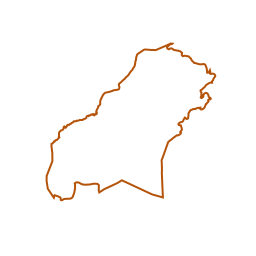 Al Radoum, Southern Darfur, Sudan, rotated 206°
{"feature_id": "16777658B70477888733853", "entity_name": "Al Radoum", "entity_type": "district", "adm_level": 2, "iso_a3": "SDN", "parent_name": "Sudan", "parent_adm1": "Southern Darfur", "projection": "natural_earth1", "projection_center": [24.105, 9.73], "detail": "fine", "context": "isolated", "style": "outline", "palette": "amber", "viewbox_px": 256, "rotation_deg": 206, "n_neighbors": 0, "source": "geoboundaries", "source_scale": "gbopen_adm2", "svg_char_len": 5826}
<svg xmlns="http://www.w3.org/2000/svg" viewBox="0 0 256 256"><g transform="rotate(206 128 128)"><path d="M164.1,32.8L164.5,35.4L160.8,35.9L158.5,35.9L157.8,35.5L157.6,35.0L156.8,33.8L156.5,33.8L156.1,33.9L155.4,34.5L154.8,35.6L154.4,36.2L151.3,37.9L149.2,39.0L148.0,40.1L147.5,41.7L147.9,46.0L148.8,49.5L150.3,53.1L151.6,55.0L150.6,56.5L148.3,57.4L144.8,57.2L141.9,58.1L137.9,60.3L134.1,63.1L130.9,64.4L129.2,63.9L128.0,61.5L127.0,59.1L125.6,57.5L122.4,62.8L118.3,67.8L113.4,73.9L110.6,78.3L81.4,78.8L77.1,78.9L66.2,80.9L72.2,91.9L77.7,102.1L77.9,102.4L78.6,104.1L80.0,107.0L82.5,111.7L83.7,113.8L83.8,115.9L84.9,125.9L85.7,132.8L85.6,133.3L84.2,136.4L83.8,137.0L82.7,139.5L82.2,140.3L81.3,142.1L80.9,142.8L80.4,143.1L79.8,143.3L79.1,144.2L78.7,144.8L78.1,146.2L78.3,146.9L78.6,147.1L79.3,147.3L79.3,147.9L78.9,148.9L78.8,149.6L78.9,150.4L79.1,150.6L79.6,151.3L79.9,151.5L80.5,152.3L81.2,152.9L81.3,153.2L81.8,153.6L82.2,153.4L82.6,153.2L83.3,153.0L83.7,153.0L83.3,153.0L83.7,153.0L84.4,153.6L84.5,154.2L83.9,155.5L83.3,156.0L82.9,156.6L82.1,157.2L81.7,157.8L81.6,158.3L81.6,159.3L81.7,160.1L81.5,161.7L81.5,162.3L81.2,162.4L80.8,162.3L80.2,162.0L79.2,161.8L78.5,162.4L78.3,163.1L78.4,163.6L79.3,166.0L79.8,167.1L80.0,167.7L80.0,168.5L79.8,170.6L79.5,171.6L78.4,172.6L77.8,173.5L77.3,173.9L77.0,174.1L75.9,174.6L75.6,175.1L74.6,176.2L74.2,176.6L73.8,176.9L73.1,177.2L73.8,176.9L74.2,176.6L74.6,176.2L75.6,175.1L75.9,174.6L76.3,174.4L77.0,174.1L77.3,173.9L77.7,173.6L77.8,173.5L78.4,172.6L79.5,171.6L79.7,170.6L80.0,168.5L79.9,167.7L80.0,168.5L79.7,170.6L79.5,171.6L78.4,172.6L77.7,173.6L77.3,173.9L76.9,174.1L75.9,174.5L75.6,175.0L74.2,176.6L73.8,176.9L73.1,177.2L72.9,177.1L72.5,177.2L72.3,177.4L72.0,178.0L71.8,178.1L71.6,177.7L71.6,177.2L71.4,176.8L71.0,176.7L70.4,176.7L69.8,177.0L69.4,177.5L68.6,178.6L68.2,180.1L68.3,181.1L68.3,182.4L68.5,183.5L68.0,184.3L68.0,184.9L67.3,186.8L67.3,187.2L68.2,188.1L68.2,188.4L68.1,189.0L66.7,189.7L66.4,190.5L66.6,190.9L67.6,191.2L68.4,191.2L68.9,191.4L69.4,191.7L69.8,192.4L71.3,193.6L72.3,193.9L73.3,193.8L74.0,193.1L74.4,192.5L74.8,191.1L74.7,190.6L74.2,189.8L74.1,188.8L74.5,188.1L74.9,187.3L75.4,187.1L76.0,187.3L76.1,188.0L76.1,188.7L76.2,189.4L76.7,189.9L76.8,190.7L77.2,191.2L77.4,191.9L77.6,192.0L78.3,192.4L78.7,192.7L79.0,193.1L79.3,193.6L79.2,194.0L78.7,194.4L78.5,194.8L78.3,195.3L78.2,195.8L77.6,197.3L77.1,198.1L77.1,198.6L76.9,199.1L76.8,200.3L76.0,202.0L75.6,202.5L75.2,203.3L74.3,204.5L73.7,205.0L72.8,205.4L72.3,205.4L72.2,205.5L72.4,205.8L72.6,206.0L72.9,206.5L72.9,207.0L72.5,208.2L72.5,208.6L72.8,209.7L72.3,212.4L72.3,212.8L72.8,213.7L73.2,213.8L73.9,214.2L74.8,214.2L75.8,214.0L77.3,212.9L77.9,212.8L78.2,212.9L78.5,213.4L78.5,213.9L78.6,214.4L78.9,214.8L79.7,215.8L79.7,214.5L80.3,212.7L80.8,212.4L81.0,212.4L81.3,212.6L82.2,214.4L82.6,214.9L83.7,216.4L86.1,218.6L86.7,218.8L87.5,218.8L87.9,218.7L88.7,218.3L89.9,217.4L90.7,217.0L92.1,216.5L95.8,215.9L96.9,215.5L97.6,215.6L98.0,215.9L98.7,216.2L99.9,216.5L100.3,216.7L100.7,216.9L101.4,217.6L101.8,217.9L104.1,218.6L104.7,218.9L106.0,218.7L106.9,218.2L107.9,218.1L109.0,217.6L109.5,217.3L109.8,216.9L110.3,216.6L111.1,216.9L111.6,217.2L111.9,217.5L112.0,217.9L112.2,219.0L112.4,219.3L114.5,219.8L115.2,219.7L115.9,219.5L116.2,219.6L117.1,219.4L118.0,219.1L118.9,218.9L120.4,218.4L121.1,218.3L123.1,218.7L123.6,218.6L124.2,218.5L125.0,217.9L125.5,216.8L126.5,216.6L127.1,216.6L128.0,217.2L128.2,217.5L128.2,218.4L127.3,220.4L127.0,221.5L126.7,222.2L125.9,222.3L125.5,222.6L125.2,222.9L125.1,223.2L126.7,222.6L126.9,222.3L130.2,218.3L136.6,210.9L137.2,210.2L138.0,209.8L139.8,209.1L140.4,208.7L145.2,206.8L146.9,206.1L147.4,205.8L147.9,205.4L151.9,198.5L151.9,197.6L151.7,195.9L151.5,194.8L150.6,192.5L150.7,191.8L150.3,190.5L150.2,190.1L149.8,188.9L149.7,188.4L149.5,188.0L149.2,186.4L149.3,185.8L149.3,185.5L149.6,183.6L149.6,183.1L149.5,182.6L150.3,179.9L150.7,177.2L150.8,176.4L150.8,175.7L151.4,174.2L152.2,172.3L152.2,171.9L152.7,170.1L153.1,169.6L154.2,166.5L155.4,163.8L155.4,163.3L154.7,162.1L154.1,161.6L153.6,160.9L153.2,159.4L153.2,159.5L153.2,158.9L153.5,158.5L155.0,157.2L156.3,156.4L156.9,156.0L157.7,155.4L158.1,154.9L158.3,154.4L158.7,154.2L159.8,153.0L163.9,149.7L164.4,148.8L164.7,147.9L164.7,147.1L165.0,146.5L164.9,144.5L165.1,143.1L164.8,142.6L164.8,142.2L165.0,141.4L164.9,140.9L164.7,140.3L164.4,139.1L164.2,138.6L163.9,138.1L163.6,137.8L163.4,137.1L163.5,136.5L163.6,135.8L164.0,134.9L164.3,134.6L163.9,133.6L163.9,131.9L164.0,131.0L163.9,129.6L163.8,129.0L163.5,128.2L163.0,128.0L162.8,128.1L162.7,127.8L162.6,127.5L162.4,127.1L162.4,126.8L162.9,126.2L163.4,126.2L164.1,125.7L163.9,125.2L163.7,124.8L163.8,124.6L164.8,124.6L165.6,125.1L166.0,124.3L166.2,124.1L166.6,124.2L167.1,123.9L167.4,123.2L167.5,122.9L167.7,122.6L168.0,122.5L168.4,122.2L168.6,121.5L169.2,121.7L170.1,120.5L170.2,120.0L169.9,118.7L170.5,117.6L170.9,117.3L171.6,116.8L172.1,116.0L172.1,115.6L172.5,115.3L173.4,114.7L174.9,114.1L175.7,113.0L176.4,112.5L177.3,112.1L177.5,111.9L177.6,111.4L177.8,111.2L178.6,110.8L178.9,110.5L179.4,110.4L179.7,110.1L179.8,109.6L180.2,108.5L181.0,107.7L181.1,106.9L181.3,106.6L181.9,106.1L182.2,105.1L182.4,104.9L182.9,104.8L183.2,104.7L183.7,104.2L183.7,103.8L183.8,103.4L183.7,102.7L184.0,102.0L184.0,101.3L184.1,101.0L184.3,100.8L184.7,101.0L185.5,101.5L185.9,101.5L186.1,101.1L186.1,100.2L185.7,99.2L185.7,98.2L187.0,96.4L187.4,96.0L187.8,94.6L187.9,93.8L187.7,93.0L186.9,91.4L186.5,90.4L186.4,90.0L186.3,89.8L185.8,89.7L185.6,89.5L185.6,89.3L186.0,88.8L186.0,88.1L186.5,86.7L186.5,86.4L186.7,86.1L187.0,85.8L187.4,85.6L187.7,85.2L187.8,84.8L187.8,84.7L188.0,84.2L188.0,83.9L188.5,83.6L188.3,83.0L188.7,82.4L188.8,82.2L189.0,81.1L189.8,80.3L189.0,78.4L185.1,72.4L181.4,65.0L180.1,49.3L178.0,44.8L173.5,38.3L164.1,32.8Z" fill="none" stroke="#b45309" stroke-width="2"/></g></svg>